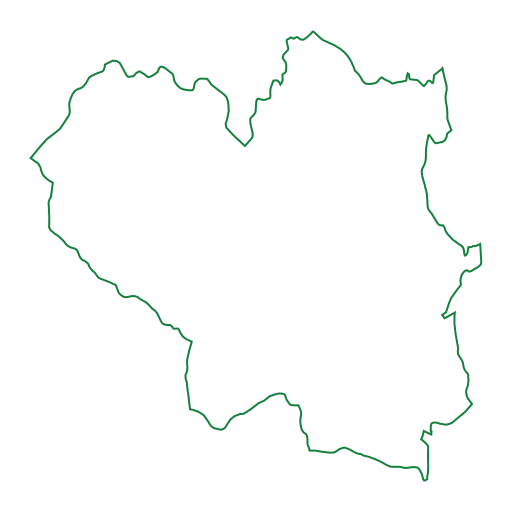 the district of Song Cong, Thái Nguyên, Vietnam
{"feature_id": "81297802B66276855595229", "entity_name": "Song Cong", "entity_type": "district", "adm_level": 2, "iso_a3": "VNM", "parent_name": "Vietnam", "parent_adm1": "Thái Nguyên", "projection": "equal_earth", "projection_center": [105.825, 21.486], "detail": "fine", "context": "isolated", "style": "outline", "palette": "green", "viewbox_px": 512, "rotation_deg": 0, "n_neighbors": 0, "source": "geoboundaries", "source_scale": "gbopen_adm2", "svg_char_len": 5904}
<svg xmlns="http://www.w3.org/2000/svg" viewBox="0 0 512 512"><path d="M480.2,244.0L478.0,245.1L475.3,246.0L472.8,246.2L471.1,247.1L468.4,247.2L467.4,253.1L466.0,255.1L465.1,255.6L464.4,254.5L463.9,250.0L462.7,246.9L460.8,245.2L459.6,244.7L452.6,239.5L447.6,234.1L445.4,230.7L444.5,227.5L443.0,225.3L441.6,225.5L439.2,224.9L437.6,223.3L431.7,213.7L428.7,209.9L427.9,207.8L427.5,204.7L427.4,200.8L426.8,193.8L426.1,190.3L425.3,187.8L424.9,185.5L422.2,176.1L421.7,171.9L421.8,170.4L422.3,168.7L424.4,164.6L425.5,161.1L425.9,156.8L425.9,152.9L426.1,148.4L426.8,143.6L428.4,135.5L428.7,135.1L429.1,135.1L429.7,135.4L434.1,141.9L435.4,143.1L436.9,143.1L442.5,141.9L444.8,140.4L446.3,137.7L447.3,133.5L451.4,130.2L447.7,120.1L447.3,117.4L447.3,112.6L447.1,108.9L445.7,100.2L445.6,96.4L445.8,94.1L446.7,89.8L446.5,85.4L445.0,79.9L442.4,68.2L441.3,69.4L434.1,75.1L433.3,82.0L432.8,83.0L431.9,82.8L430.3,81.0L429.4,80.6L427.8,81.2L425.6,84.3L423.9,86.1L422.8,85.3L418.3,80.8L416.9,80.0L410.1,79.3L409.3,77.9L409.2,75.3L408.7,74.0L407.7,73.3L406.7,77.2L406.2,80.6L401.6,81.7L397.1,82.3L392.4,83.6L391.8,83.4L390.3,82.0L384.4,79.3L382.0,77.4L380.6,78.0L376.8,82.3L374.5,83.3L370.1,84.0L366.1,83.7L364.5,82.9L362.4,80.4L360.2,76.6L358.4,74.1L355.4,71.1L354.6,69.9L353.7,67.1L351.1,61.4L349.3,58.4L347.0,55.1L343.7,51.7L340.1,48.7L334.4,45.3L322.7,39.9L319.4,37.2L313.8,31.9L313.0,31.6L312.6,31.7L312.2,32.1L311.5,33.0L308.8,35.7L304.4,39.2L302.7,39.8L300.5,39.4L297.6,37.3L297.0,37.1L296.0,37.4L293.9,38.7L290.9,37.4L289.1,38.6L286.8,39.8L286.6,40.9L288.3,48.7L287.8,50.1L283.6,54.6L282.8,56.8L282.8,58.4L285.5,62.1L286.1,64.1L286.3,67.0L285.9,71.7L284.5,73.2L282.9,74.0L282.3,75.4L282.6,78.5L282.6,80.3L282.0,82.3L280.4,84.6L279.1,82.0L276.9,80.4L274.8,80.4L273.3,80.7L270.5,88.7L270.3,91.8L270.4,96.1L270.2,97.3L269.8,98.1L265.8,99.6L264.2,99.9L262.2,99.7L258.2,98.7L257.6,98.9L256.7,99.9L256.2,102.1L255.7,110.3L255.3,112.7L253.9,114.7L251.4,117.3L250.3,118.7L250.2,121.2L250.5,123.9L252.6,133.0L252.7,135.5L252.4,137.1L251.4,138.7L244.9,146.0L233.8,135.6L226.4,127.8L225.9,125.8L225.7,123.7L227.1,119.3L228.7,111.3L228.5,106.0L227.9,101.1L226.3,96.8L223.6,94.1L211.4,84.7L208.7,80.7L207.0,78.8L200.2,78.6L198.0,79.6L195.4,82.1L194.4,84.3L194.0,87.3L193.5,88.8L192.5,90.2L189.0,90.3L184.0,89.5L180.4,88.2L176.9,85.0L174.6,81.5L173.8,78.9L173.5,76.2L172.4,73.8L164.2,67.5L161.3,66.6L160.0,67.2L159.2,68.1L157.5,72.1L154.5,74.4L151.1,76.4L147.9,77.1L144.3,74.2L139.7,71.4L138.6,71.6L136.4,73.0L133.4,76.2L130.0,76.7L128.1,76.8L126.4,75.2L124.3,71.1L119.8,63.0L116.8,61.0L112.7,60.7L104.9,64.6L104.7,66.9L104.1,69.2L103.0,70.9L101.8,71.7L97.9,73.0L92.5,75.4L89.8,77.0L88.8,78.1L86.0,83.2L82.7,87.0L80.8,88.1L76.9,89.5L74.6,91.3L72.6,94.0L70.7,98.4L69.3,103.0L69.2,104.7L69.7,110.1L69.7,113.0L68.9,115.3L62.8,124.7L60.2,128.5L57.6,130.9L47.0,139.0L39.2,147.7L30.7,158.1L34.1,160.7L37.5,162.9L38.8,164.5L40.2,167.0L41.5,171.4L42.5,174.0L43.7,175.8L45.8,177.9L49.3,180.8L52.8,182.6L51.1,195.9L50.7,197.3L49.8,198.9L48.9,201.3L48.6,202.8L49.3,216.8L49.2,221.9L49.3,224.1L49.0,226.8L49.4,228.0L50.7,230.3L54.8,233.7L57.5,235.4L61.8,239.2L64.3,241.8L65.4,243.5L66.8,245.1L68.6,246.3L71.1,247.6L74.9,248.6L76.6,249.7L77.8,251.6L79.4,255.9L80.1,257.3L80.9,258.5L82.6,260.1L84.4,260.7L87.2,262.8L88.5,264.2L89.2,266.5L90.5,268.4L92.4,270.7L94.6,272.4L98.1,277.3L100.3,278.6L108.9,281.9L115.5,284.9L116.1,285.7L118.6,292.6L120.8,295.0L123.7,296.8L125.7,297.2L129.7,296.6L131.0,296.2L134.0,296.0L137.4,296.9L139.6,298.7L145.9,302.3L148.7,304.7L152.1,308.6L154.7,310.4L156.4,312.3L157.4,313.7L161.2,321.7L162.6,323.5L165.1,324.8L170.3,325.1L172.2,326.8L173.3,328.4L174.2,328.8L176.7,328.5L177.6,328.5L178.2,328.8L179.4,330.4L179.9,331.9L182.1,335.6L184.0,337.5L186.0,338.9L191.7,341.7L189.1,351.1L187.4,358.3L187.2,360.0L187.1,362.6L187.1,364.6L187.4,366.6L187.3,369.6L186.8,372.0L185.5,374.9L185.5,376.0L185.6,378.4L185.9,380.0L186.6,381.3L186.8,382.5L187.7,391.3L188.2,393.4L189.1,402.4L189.8,407.0L190.0,409.2L193.3,410.0L198.3,411.7L203.6,415.0L208.4,421.8L210.8,425.9L214.0,428.1L221.0,429.8L224.7,428.2L230.4,419.5L234.6,416.1L240.2,414.0L243.6,413.8L250.4,409.5L258.6,403.2L264.4,400.5L269.9,396.1L275.8,394.2L279.1,393.5L282.8,393.7L284.9,394.7L286.5,399.5L289.8,404.4L291.5,405.1L294.3,405.3L297.9,405.3L298.4,405.4L298.8,406.0L299.1,406.9L300.5,410.0L301.0,412.2L301.1,415.2L300.6,417.2L300.3,420.7L300.3,422.6L300.7,424.2L300.8,426.3L301.5,428.8L302.5,431.1L304.4,433.1L305.8,433.9L306.5,434.7L306.8,435.4L307.4,437.8L307.5,443.8L307.8,445.1L309.0,448.0L309.4,450.0L309.6,450.6L315.0,450.6L323.1,451.9L329.4,452.6L332.6,452.6L334.4,452.3L336.8,451.0L339.3,449.2L342.7,447.9L344.8,447.6L348.9,449.1L355.0,452.5L358.0,453.7L360.9,454.1L363.6,455.6L368.8,456.8L375.8,459.4L381.7,462.2L386.6,465.0L390.0,466.5L392.1,466.8L400.0,466.8L403.1,467.6L406.3,468.0L411.5,467.2L415.9,467.2L417.9,467.8L419.2,469.2L422.0,474.4L423.1,479.1L424.1,480.4L425.5,480.3L427.1,479.2L427.3,476.1L427.9,473.1L428.2,467.2L428.0,456.1L428.2,446.7L427.8,445.7L426.4,443.8L424.3,441.8L421.2,439.3L422.5,436.2L423.8,431.0L431.3,434.5L431.5,431.4L430.8,431.3L430.7,426.8L431.3,423.9L432.0,423.2L433.3,422.7L434.6,422.5L436.9,422.7L439.5,423.6L445.7,424.7L448.5,424.2L452.0,422.8L465.1,411.9L472.0,404.0L467.8,398.3L466.7,395.7L466.2,392.7L466.2,390.1L466.9,387.9L467.7,386.3L468.5,380.4L468.2,377.6L468.2,375.0L467.6,373.4L466.3,372.2L464.7,369.8L463.6,367.2L463.4,365.4L462.5,361.4L458.1,354.3L457.8,351.5L458.1,348.1L455.6,333.8L454.4,323.2L454.5,316.2L454.8,312.6L444.6,318.3L442.2,315.0L446.0,312.3L448.9,303.5L450.1,300.5L451.2,298.0L457.4,289.3L460.8,285.2L460.9,284.2L460.5,281.9L460.5,279.5L460.8,277.9L461.8,274.7L463.4,272.5L464.6,271.2L466.2,270.3L467.1,270.3L468.6,271.4L469.7,271.6L471.9,270.7L474.8,268.8L476.8,267.8L479.1,266.2L480.7,264.6L481.1,263.3L481.3,262.2L480.2,244.0Z" fill="none" stroke="#15803d" stroke-width="2"/></svg>